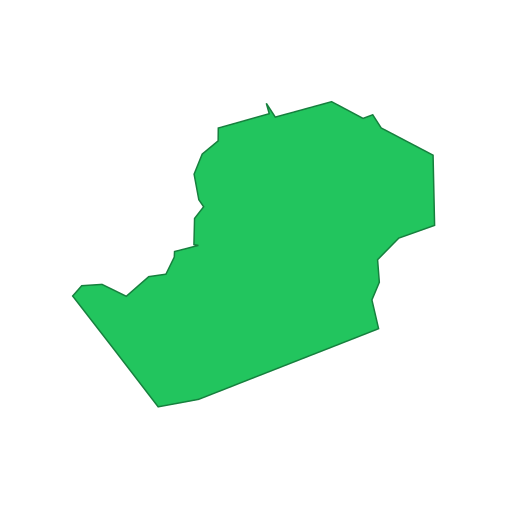 outline of Hall, Georgia, United States of America, rotated 27°
{"feature_id": "52423323B32051249133374", "entity_name": "Hall", "entity_type": "district", "adm_level": 2, "iso_a3": "USA", "parent_name": "United States of America", "parent_adm1": "Georgia", "projection": "equal_earth", "projection_center": [-83.865, 34.306], "detail": "fine", "context": "isolated", "style": "filled", "palette": "green", "viewbox_px": 512, "rotation_deg": 27, "n_neighbors": 0, "source": "geoboundaries", "source_scale": "gbopen_adm2", "svg_char_len": 657}
<svg xmlns="http://www.w3.org/2000/svg" viewBox="0 0 512 512"><g transform="rotate(27 256 256)"><path d="M110.8,374.9L168.6,402.1L207.1,420.4L223.0,428.0L237.3,434.8L270.0,409.7L298.7,377.3L310.3,364.2L348.8,320.8L372.7,293.9L398.2,265.1L379.2,242.5L377.8,223.4L366.0,204.1L375.1,175.2L401.2,147.6L368.0,85.8L309.4,85.1L295.9,77.2L288.9,84.8L253.3,84.2L210.1,123.5L195.9,115.3L203.2,123.2L164.3,159.1L170.0,170.6L161.8,189.6L163.7,211.2L179.5,231.8L187.0,235.9L184.2,250.4L195.5,274.0L199.9,272.7L181.4,289.0L183.7,294.1L184.0,313.1L169.8,323.1L158.7,350.8L131.7,351.2L114.2,361.6L110.8,374.9Z" fill="#22c55e" stroke="#15803d" stroke-width="1.5"/></g></svg>